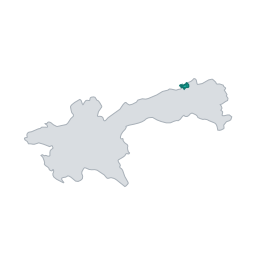 Samuoi, Saravan, Laos (highlighted), rotated 287°
{"feature_id": "54806243B94049695907039", "entity_name": "Samuoi", "entity_type": "district", "adm_level": 2, "iso_a3": "LAO", "parent_name": "Laos", "parent_adm1": "Saravan", "projection": "natural_earth1", "projection_center": [106.894, 16.358], "detail": "fine", "context": "in_parent", "style": "filled", "palette": "teal", "viewbox_px": 256, "rotation_deg": 287, "n_neighbors": 0, "source": "geoboundaries", "source_scale": "gbopen_adm2", "svg_char_len": 5154}
<svg xmlns="http://www.w3.org/2000/svg" viewBox="0 0 256 256"><g transform="rotate(287 128 128)"><path d="M95.1,34.6L96.2,36.8L101.0,42.5L101.8,44.1L103.6,45.3L105.1,50.4L105.7,50.7L106.5,50.3L107.1,49.6L107.7,47.7L108.0,47.4L108.5,49.1L109.9,49.6L110.5,50.3L110.7,51.5L110.5,52.8L109.3,55.7L108.6,59.6L113.3,68.0L115.3,69.1L120.1,70.5L123.3,72.3L124.8,71.9L126.2,69.8L128.0,68.6L131.2,66.9L132.1,66.8L133.9,67.5L136.8,69.5L141.2,73.5L141.0,74.5L140.2,75.5L137.9,77.1L137.1,78.1L137.6,78.4L139.5,78.7L141.8,79.6L142.5,80.6L142.9,82.9L143.3,83.3L145.5,83.1L146.2,83.4L146.9,84.2L147.7,86.1L147.7,87.5L145.5,90.1L145.3,91.6L144.1,93.4L141.2,96.5L140.4,96.7L135.0,95.0L130.7,95.2L130.3,95.9L131.0,97.7L131.2,99.5L130.6,100.9L128.1,102.7L128.0,103.5L128.5,104.3L132.1,106.0L143.6,114.8L148.8,116.4L151.1,117.5L151.7,118.2L151.7,118.9L151.1,119.9L150.6,121.6L150.5,122.7L151.1,123.7L152.0,125.2L155.2,128.5L157.6,129.3L160.1,133.1L160.8,136.5L162.0,138.6L168.0,145.8L173.0,150.3L175.9,155.1L177.4,156.2L177.8,157.9L178.2,162.9L180.0,165.5L180.3,166.5L181.1,167.2L181.9,167.4L183.7,165.7L184.0,166.0L184.8,168.6L185.5,169.6L188.2,171.2L191.0,174.5L192.5,175.6L194.4,176.5L194.7,177.5L194.3,178.6L193.7,179.3L190.5,181.1L190.0,181.9L192.2,186.0L197.6,191.1L199.3,194.2L198.9,195.6L197.4,198.6L196.3,199.4L196.0,200.3L196.9,202.7L196.8,206.5L195.7,207.4L194.8,209.6L194.1,209.8L192.4,209.0L188.9,212.9L187.4,212.7L185.7,214.9L183.4,215.2L181.9,213.6L178.5,210.9L177.3,209.3L176.3,210.7L174.5,212.1L172.1,211.6L171.4,213.5L170.9,213.9L167.9,214.2L167.4,214.6L167.8,216.3L169.6,219.4L170.1,221.1L169.0,224.0L165.9,223.9L164.5,222.7L162.8,220.3L158.8,218.7L156.2,219.8L155.4,219.8L153.4,217.7L152.6,216.4L152.2,214.5L155.2,212.9L156.8,211.7L157.8,210.4L158.2,209.0L158.7,203.4L159.1,201.4L158.9,198.9L158.1,197.0L158.1,194.1L158.5,191.8L159.7,190.6L160.5,188.9L161.0,185.2L160.6,184.2L159.5,183.3L157.6,182.4L156.4,181.3L155.9,180.0L155.9,178.8L156.5,177.8L155.1,176.7L151.6,175.4L149.7,173.9L149.3,172.2L147.8,169.9L145.4,167.1L144.1,163.0L143.9,157.7L144.2,153.4L145.3,148.4L143.9,144.8L142.3,142.9L140.1,141.5L138.0,139.5L136.0,136.9L133.6,133.0L130.8,127.9L129.0,125.6L128.0,126.1L126.0,125.7L122.9,124.2L120.2,123.4L117.9,123.3L116.4,123.6L115.7,124.4L115.7,125.2L116.3,125.9L116.0,126.5L114.7,126.9L113.8,127.8L112.7,129.6L111.9,132.1L110.8,133.1L109.0,133.3L107.3,134.0L105.5,135.2L104.7,136.1L104.8,136.7L104.5,136.8L103.6,136.5L103.2,135.7L103.3,134.4L102.4,133.5L100.6,133.1L98.6,131.7L94.8,128.2L93.9,128.0L92.6,128.9L91.0,130.9L89.6,131.7L88.5,131.3L87.7,132.0L87.1,133.8L86.0,135.2L80.8,139.0L76.0,144.0L74.9,144.4L72.0,143.0L71.1,142.1L75.1,132.0L75.7,129.6L75.6,126.3L74.0,123.6L73.9,122.8L74.2,122.0L76.2,118.9L78.6,110.9L78.5,108.4L77.5,105.6L77.0,103.0L77.4,99.5L77.3,98.1L76.2,97.4L72.6,96.7L70.6,97.2L69.6,98.2L68.4,98.8L66.2,99.2L64.1,98.0L62.3,95.9L61.9,93.4L64.2,88.0L64.7,86.0L64.7,85.0L64.3,84.0L63.8,83.8L62.7,82.6L61.6,80.3L60.6,79.3L59.6,79.5L58.7,80.3L57.2,82.5L56.7,82.2L58.1,74.7L59.3,71.6L60.8,70.1L62.4,69.5L64.0,69.7L65.3,69.5L66.4,68.7L66.3,68.2L65.1,68.1L64.6,67.3L64.8,65.7L65.4,64.7L66.3,64.2L67.2,62.6L68.0,59.9L69.1,58.5L70.3,58.5L72.3,57.3L75.2,55.0L76.3,52.8L77.4,53.8L77.0,56.4L77.6,56.9L77.8,57.9L77.6,59.3L77.9,60.5L78.3,61.1L78.9,61.4L82.0,60.4L83.9,60.3L86.9,62.2L88.7,60.8L88.8,60.2L87.3,58.5L87.8,52.0L87.7,47.0L85.2,43.4L84.7,41.9L84.4,39.5L83.8,37.4L85.6,35.8L86.6,32.8L87.8,32.0L88.2,32.1L89.8,34.4L91.7,33.3L93.2,33.3L94.5,33.9L95.1,34.6Z" fill="#d9dde1" stroke="#a8b0b8" stroke-width="1"/><path d="M181.7,170.4L181.9,170.5L182.0,170.5L182.4,170.7L182.8,170.8L183.0,170.8L183.3,171.3L183.5,171.4L183.7,171.5L183.8,171.6L184.1,171.7L184.2,171.8L184.3,171.9L184.2,172.1L184.2,172.4L184.2,172.7L184.3,172.9L184.3,173.0L184.5,173.3L184.5,173.5L184.8,173.7L184.9,173.8L185.3,173.8L185.3,173.7L185.5,173.7L186.0,173.6L186.3,173.5L186.3,173.4L186.5,173.4L186.8,173.3L186.9,173.2L187.2,173.1L187.3,172.9L187.4,172.5L187.5,172.3L187.6,172.2L187.8,172.0L187.9,171.9L188.0,171.8L188.0,171.5L188.2,171.0L188.2,170.9L188.2,170.7L187.9,170.6L187.8,170.8L187.7,170.8L187.6,170.7L187.4,170.6L187.2,170.7L186.9,170.5L186.7,170.6L186.4,170.7L186.3,170.8L186.3,170.7L186.2,170.7L186.2,170.4L186.2,170.2L186.2,169.9L186.2,169.7L185.9,169.5L185.9,169.4L185.7,169.4L185.5,169.2L185.4,169.2L185.2,169.0L185.1,168.9L184.9,168.8L184.9,168.7L184.8,168.4L184.9,168.1L185.0,168.0L184.9,168.0L184.7,168.1L184.4,167.9L184.4,167.7L184.5,167.7L184.7,167.4L184.7,167.2L184.5,166.9L184.5,166.7L184.7,166.4L184.8,166.3L184.7,166.2L184.8,166.1L184.7,166.0L184.7,165.9L184.5,165.7L184.4,165.6L184.2,165.5L184.2,165.4L183.9,165.3L183.8,165.2L183.6,165.2L183.6,165.3L183.6,165.5L183.6,165.8L183.5,166.0L183.4,166.2L183.4,166.3L183.3,166.5L183.2,166.8L183.1,167.0L182.9,166.9L182.7,166.9L182.7,167.0L182.5,167.3L182.6,167.6L182.5,167.8L182.8,167.9L182.8,168.0L182.9,168.4L182.9,168.5L183.0,168.6L183.0,168.8L183.0,169.0L182.9,169.2L183.0,169.2L183.0,169.4L183.0,169.5L182.9,169.5L182.7,169.7L182.6,169.8L182.3,169.9L182.2,169.8L182.0,170.0L181.9,170.0L181.8,170.3L181.7,170.4L181.7,170.4Z" fill="#14b8a6" stroke="#0f766e" stroke-width="1.5"/></g></svg>